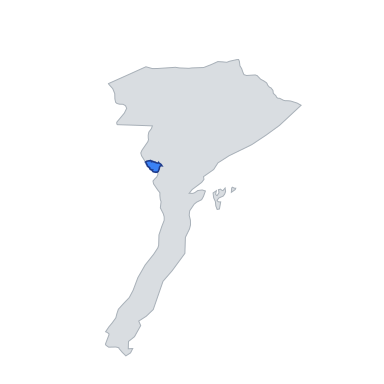 Adi Quala, Debub, Eritrea (highlighted), rotated 71°
{"feature_id": "51966322B57364805304830", "entity_name": "Adi Quala", "entity_type": "district", "adm_level": 2, "iso_a3": "ERI", "parent_name": "Eritrea", "parent_adm1": "Debub", "projection": "natural_earth1", "projection_center": [38.835, 14.613], "detail": "fine", "context": "in_parent", "style": "filled", "palette": "blue", "viewbox_px": 384, "rotation_deg": 71, "n_neighbors": 0, "source": "geoboundaries", "source_scale": "gbopen_adm2", "svg_char_len": 5007}
<svg xmlns="http://www.w3.org/2000/svg" viewBox="0 0 384 384"><g transform="rotate(71 192 192)"><path d="M62.3,235.7L61.1,222.3L60.3,213.3L59.4,203.8L58.6,194.8L62.4,189.3L64.1,184.1L68.7,167.1L70.5,163.7L74.1,154.6L74.6,151.9L78.1,140.4L77.8,132.8L77.1,125.1L79.0,120.5L80.7,116.9L80.6,113.8L81.4,106.6L81.9,104.8L84.0,104.7L88.3,105.6L91.5,104.9L95.1,104.9L97.9,104.7L99.6,102.5L101.9,94.1L103.3,92.4L104.5,91.9L107.7,90.4L110.4,87.9L112.7,86.2L113.5,85.8L115.9,85.6L118.2,84.6L119.3,83.4L122.3,82.4L125.2,83.0L127.2,81.9L128.5,81.3L130.0,81.2L131.4,80.2L131.9,78.7L132.8,77.8L135.1,75.6L136.1,74.0L136.6,72.5L137.1,71.2L138.1,69.1L142.1,63.7L145.5,60.6L157.5,87.6L162.4,103.6L166.7,120.2L169.8,145.2L172.9,158.0L177.8,164.2L181.2,176.1L184.0,176.6L186.1,179.8L189.7,191.0L192.3,195.1L193.6,191.6L193.5,189.5L192.5,186.1L193.4,181.7L195.4,179.0L199.9,182.6L202.4,185.4L203.1,190.8L204.2,193.9L209.0,200.3L213.0,202.2L218.2,202.7L222.6,204.1L226.1,206.4L232.7,213.0L247.7,218.7L259.9,236.3L267.0,248.5L290.5,266.9L294.6,275.8L296.7,284.4L301.6,284.0L310.1,293.5L312.6,300.7L319.5,303.3L320.7,299.0L324.1,302.5L325.4,307.9L321.0,310.1L316.1,312.0L315.4,311.9L313.8,314.4L311.6,321.3L309.0,323.2L307.7,323.4L300.0,317.0L298.9,316.7L297.2,317.9L296.0,319.2L292.4,314.4L289.8,310.1L286.2,305.0L282.7,302.7L278.9,299.8L275.2,293.1L271.4,285.7L265.8,279.7L255.3,271.0L245.7,260.0L238.3,248.4L233.6,242.4L231.6,240.9L221.8,237.2L214.9,231.9L209.7,227.5L206.5,226.4L203.3,226.2L196.7,227.1L191.1,224.4L188.8,224.4L185.1,223.6L182.2,222.6L178.8,223.8L171.8,225.7L168.9,225.3L167.3,222.6L166.4,220.5L164.0,218.3L162.0,218.3L160.8,220.3L153.5,225.1L141.3,227.9L138.4,227.7L136.2,225.7L130.0,217.3L128.2,216.0L126.8,215.8L124.0,214.9L121.3,213.3L118.9,209.8L116.6,207.9L114.0,214.6L109.5,226.3L107.1,232.6L104.0,240.7L103.1,240.9L101.5,240.4L95.4,230.3L91.6,226.5L88.7,226.8L86.6,228.7L85.3,232.1L83.8,234.2L82.3,235.0L78.9,234.6L73.8,233.0L68.5,233.3L63.0,235.6L62.3,235.7ZM206.4,168.5L208.0,171.0L209.2,170.7L210.1,169.9L210.7,168.1L217.0,171.6L216.7,173.9L212.9,174.0L208.6,173.0L204.6,173.4L199.8,172.4L198.7,168.5L201.7,170.4L203.3,169.9L203.6,169.4L201.4,166.7L198.4,166.2L198.6,164.1L200.0,163.3L200.8,162.3L199.0,159.4L202.5,160.1L204.6,161.8L206.0,163.8L206.4,168.5ZM203.8,150.4L205.1,154.9L201.2,153.2L200.6,152.3L202.3,150.5L202.7,149.4L203.8,150.4Z" fill="#d9dde1" stroke="#a8b0b8" stroke-width="1"/><path d="M157.4,211.9L157.1,212.0L156.9,212.0L156.7,212.0L156.4,212.1L156.2,212.2L155.8,212.3L155.6,212.4L155.3,212.6L155.2,212.7L154.9,212.9L154.8,213.0L154.6,213.1L154.3,213.4L154.2,213.5L153.7,213.8L153.6,214.0L153.4,214.0L153.5,214.1L153.4,214.2L153.4,214.3L153.5,214.3L153.6,214.5L153.6,214.8L153.5,215.0L153.4,215.2L153.4,215.3L153.2,215.6L153.1,215.8L152.9,216.0L152.7,216.2L152.7,216.4L152.6,216.5L152.4,216.6L152.3,216.8L152.2,216.8L152.0,217.0L151.9,217.0L151.7,217.1L151.7,217.3L151.5,217.5L151.4,217.5L151.3,217.8L151.4,218.0L151.2,218.1L151.1,218.3L150.9,218.4L150.9,218.5L150.7,218.6L150.7,218.8L150.6,219.0L150.4,219.1L150.5,219.2L150.4,219.3L150.4,219.2L150.3,219.4L150.2,219.4L150.2,219.5L150.2,219.8L150.1,219.7L150.0,219.8L149.9,219.8L149.7,219.9L149.6,220.0L149.5,220.3L149.4,220.4L149.4,220.5L149.2,220.5L149.0,220.8L148.9,220.8L148.9,220.7L148.8,220.8L148.8,221.0L148.7,221.0L148.7,221.3L148.7,221.5L148.7,222.0L148.6,222.3L148.5,222.6L148.4,222.6L148.4,222.8L148.4,223.1L148.4,223.4L148.3,223.6L148.3,223.8L148.3,224.0L148.2,224.1L148.1,224.6L148.3,225.0L148.4,225.3L148.4,225.5L148.4,225.9L148.4,226.0L148.5,226.2L148.8,225.9L149.0,225.9L149.3,225.8L149.3,225.7L149.4,225.9L149.5,225.9L149.8,226.0L150.0,226.0L150.1,225.9L150.2,226.0L150.3,226.0L150.5,226.1L150.9,225.9L151.0,225.8L151.2,225.7L151.3,225.7L151.5,225.8L151.8,225.8L151.9,225.6L152.0,225.6L152.5,225.7L152.7,225.8L152.9,225.8L153.0,225.7L153.3,225.5L153.5,225.4L153.8,225.3L153.8,225.2L153.7,225.1L153.8,224.9L154.1,225.0L154.2,224.9L154.5,224.8L154.7,224.6L154.8,224.5L155.0,224.3L155.3,224.3L155.5,224.4L155.9,224.4L156.0,224.3L156.0,224.2L156.2,224.3L156.4,224.3L156.5,224.2L156.9,224.1L157.0,224.1L157.1,223.9L157.3,223.8L157.4,223.7L157.5,223.7L157.7,223.4L157.7,223.2L157.8,223.2L158.0,223.1L158.1,222.9L158.0,222.7L158.3,222.6L158.5,222.5L158.5,222.4L158.6,222.5L158.9,222.5L159.0,222.6L159.3,222.4L159.5,222.4L160.0,222.3L160.1,222.2L160.3,222.0L160.3,221.9L160.3,221.7L160.5,221.6L160.6,221.4L160.8,221.2L161.0,220.9L161.1,220.6L161.2,220.3L161.2,220.2L161.3,220.0L161.6,219.9L161.7,219.7L161.7,219.4L161.8,219.1L161.7,219.1L161.6,218.9L161.6,218.5L161.7,218.4L161.8,218.4L161.8,218.2L161.8,217.8L161.8,217.7L161.6,217.4L161.4,217.1L161.2,217.0L161.0,216.7L160.6,216.5L160.4,216.3L160.3,216.2L160.2,216.1L160.1,215.9L159.9,215.8L159.8,215.7L159.7,215.6L159.4,215.5L159.1,215.2L158.7,215.1L158.2,214.8L158.2,214.7L157.9,214.5L157.6,214.3L157.5,214.1L157.2,213.7L157.1,213.4L157.1,213.1L157.1,212.9L157.1,212.6L157.1,212.4L157.3,212.1L157.4,211.9Z" fill="#3b82f6" stroke="#1e3a8a" stroke-width="1.5"/></g></svg>